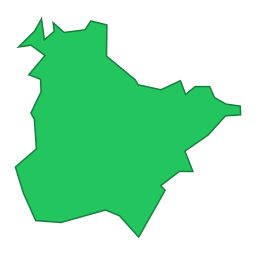 the district of Estill, Kentucky, United States of America
{"feature_id": "52423323B66349402640259", "entity_name": "Estill", "entity_type": "district", "adm_level": 2, "iso_a3": "USA", "parent_name": "United States of America", "parent_adm1": "Kentucky", "projection": "orthographic", "projection_center": [-83.956, 37.698], "detail": "fine", "context": "isolated", "style": "filled", "palette": "green", "viewbox_px": 256, "rotation_deg": 0, "n_neighbors": 0, "source": "geoboundaries", "source_scale": "gbopen_adm2", "svg_char_len": 625}
<svg xmlns="http://www.w3.org/2000/svg" viewBox="0 0 256 256"><path d="M41.5,18.9L34.6,31.1L18.5,47.0L31.0,45.2L45.0,55.5L28.8,74.7L40.6,79.3L41.0,92.0L30.9,113.0L34.4,119.5L36.4,148.9L15.4,167.0L23.3,192.9L35.7,220.6L60.9,222.5L105.4,210.0L119.5,215.8L138.7,237.1L165.1,190.4L160.7,185.7L179.3,171.4L192.9,171.5L184.9,151.1L208.0,135.1L225.5,115.8L240.6,114.9L240.3,106.1L226.0,104.1L214.5,97.6L209.7,86.6L195.1,86.6L185.6,94.5L180.4,80.7L160.9,89.8L138.2,84.8L135.1,79.7L106.5,56.2L106.9,24.9L90.8,21.0L85.0,29.8L64.1,32.5L53.2,22.7L54.2,31.3L44.4,39.9L41.5,18.9Z" fill="#22c55e" stroke="#15803d" stroke-width="1.5"/></svg>